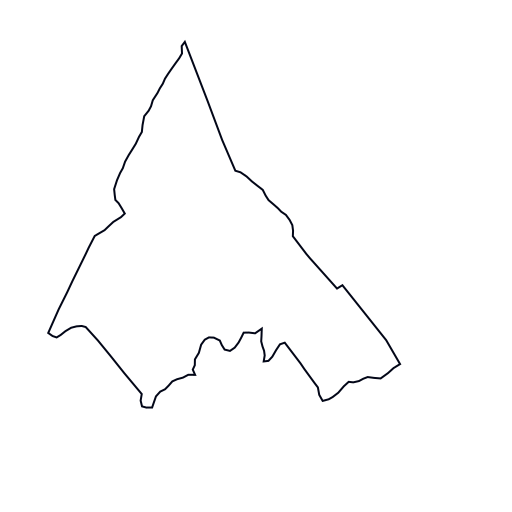 Itajuípe, Bahia, Brazil, rotated 19°
{"feature_id": "56859067B68754301032545", "entity_name": "Itajuípe", "entity_type": "district", "adm_level": 2, "iso_a3": "BRA", "parent_name": "Brazil", "parent_adm1": "Bahia", "projection": "robinson", "projection_center": [-39.441, -14.658], "detail": "fine", "context": "isolated", "style": "outline", "palette": "ink", "viewbox_px": 512, "rotation_deg": 19, "n_neighbors": 0, "source": "geoboundaries", "source_scale": "gbopen_adm2", "svg_char_len": 1877}
<svg xmlns="http://www.w3.org/2000/svg" viewBox="0 0 512 512"><g transform="rotate(19 256 256)"><path d="M361.0,366.7L366.2,371.3L371.4,367.8L374.4,364.4L378.3,358.5L381.5,350.5L384.6,344.8L389.1,343.8L394.1,340.7L397.4,337.1L401.0,334.1L407.4,332.8L413.7,331.2L418.9,323.8L422.6,317.1L427.4,311.3L406.5,293.2L347.2,255.5L343.2,260.4L307.8,240.6L303.1,237.8L284.4,225.3L282.8,220.0L280.3,215.0L276.1,211.0L270.9,207.4L265.4,205.9L261.4,203.8L255.8,201.5L249.7,199.1L245.4,195.7L240.9,191.3L234.1,189.0L227.8,186.8L221.3,183.9L214.1,181.9L208.7,182.1L186.3,157.4L160.0,125.5L119.0,76.7L117.4,81.7L120.1,88.6L119.0,94.0L117.3,99.5L115.4,105.9L113.6,112.3L112.2,118.0L111.8,123.4L110.5,128.8L109.8,133.9L107.7,142.3L108.0,148.6L107.2,153.6L104.8,160.2L106.1,169.1L107.7,175.9L106.6,181.3L105.8,189.0L104.4,195.2L102.8,202.0L101.5,209.4L101.5,216.4L100.5,221.7L99.9,229.6L100.1,239.0L102.6,244.4L104.8,248.8L108.9,250.8L113.4,254.5L118.1,258.6L115.7,263.2L110.0,270.2L106.6,276.6L104.4,280.9L101.2,284.6L97.0,289.5L95.1,302.6L94.4,309.1L90.6,339.4L89.3,351.6L86.8,370.6L84.6,396.4L89.7,397.9L94.0,397.9L97.0,394.3L100.3,389.1L104.6,384.0L109.3,380.9L114.0,378.9L118.1,378.6L134.1,387.4L151.4,398.1L169.5,409.6L192.9,423.7L194.0,430.3L197.2,435.3L201.7,435.0L207.1,433.1L207.1,428.0L207.1,421.3L209.6,415.4L213.4,411.6L215.5,407.2L217.7,401.8L221.5,398.2L226.5,394.8L230.6,390.4L237.1,388.2L233.2,384.0L233.7,379.2L231.9,373.6L233.5,366.2L233.0,357.7L234.8,351.8L238.0,348.3L242.7,346.9L249.3,347.7L252.6,351.3L256.8,354.7L262.3,354.2L265.7,349.6L267.7,343.5L268.6,338.1L269.3,332.5L274.2,330.7L280.3,329.4L285.1,322.8L287.3,330.0L288.7,335.0L291.6,339.4L294.5,343.0L296.6,347.2L297.6,353.2L301.9,351.1L304.2,345.9L305.7,338.2L307.4,331.7L311.4,328.6L333.0,343.0L338.6,347.2L347.2,353.2L353.1,357.3L357.3,360.1L361.0,366.7Z" fill="none" stroke="#020617" stroke-width="2"/></g></svg>